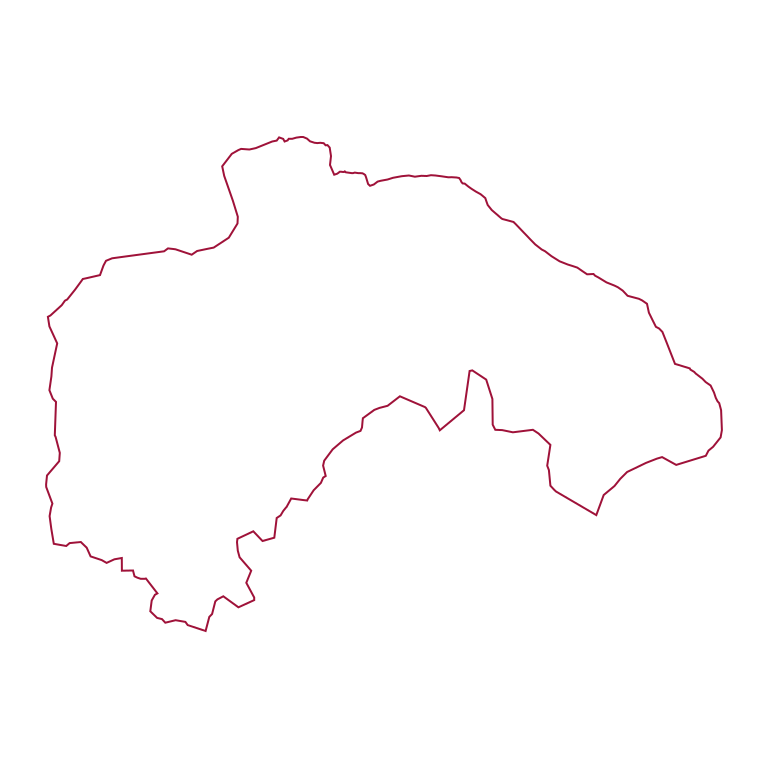 the district of Kanam, Plateau, Nigeria
{"feature_id": "59680162B74099392913903", "entity_name": "Kanam", "entity_type": "district", "adm_level": 2, "iso_a3": "NGA", "parent_name": "Nigeria", "parent_adm1": "Plateau", "projection": "robinson", "projection_center": [10.139, 9.467], "detail": "fine", "context": "isolated", "style": "outline", "palette": "rose", "viewbox_px": 768, "rotation_deg": 0, "n_neighbors": 0, "source": "geoboundaries", "source_scale": "gbopen_adm2", "svg_char_len": 3596}
<svg xmlns="http://www.w3.org/2000/svg" viewBox="0 0 768 768"><path d="M222.2,166.3L224.2,175.9L227.0,183.9L232.9,200.8L237.8,216.7L237.8,216.8L237.5,223.5L228.8,237.7L213.7,247.6L207.6,248.8L199.0,250.6L197.1,251.0L191.7,254.7L175.5,249.3L173.2,249.0L168.0,248.4L164.1,251.3L125.3,256.5L112.1,258.3L106.0,260.8L103.5,265.5L100.0,275.1L86.5,278.2L82.8,279.0L81.4,281.0L75.1,289.6L70.4,295.5L67.2,299.5L66.0,300.1L64.9,300.7L61.8,305.1L50.4,315.5L47.9,316.8L49.4,326.4L57.2,343.4L52.0,367.7L51.4,376.4L49.4,390.2L52.8,398.7L56.0,401.9L54.8,435.3L55.6,436.9L59.8,452.9L59.2,461.2L47.0,475.5L46.1,484.4L46.2,487.0L52.4,503.6L51.1,507.5L49.6,516.1L51.3,528.8L53.8,543.8L66.2,546.0L69.6,543.1L80.8,542.0L86.7,547.7L90.6,556.4L101.7,560.1L106.6,562.9L114.4,559.3L121.8,558.0L121.9,570.7L133.0,570.5L134.5,576.3L137.4,577.7L140.7,578.8L144.8,578.8L145.9,578.5L157.4,593.4L154.9,594.8L151.7,600.5L150.3,611.3L157.1,617.9L162.0,619.1L165.3,622.7L175.6,620.2L185.4,621.9L187.7,625.1L205.6,631.0L209.3,616.9L212.1,614.0L215.3,601.4L217.4,599.4L223.3,596.3L238.4,607.3L254.2,600.1L254.2,597.5L246.3,582.8L251.2,570.7L239.6,557.3L237.8,550.7L237.0,542.2L237.4,538.8L253.3,531.3L262.5,541.0L274.3,537.7L276.7,518.0L280.6,515.4L283.2,511.0L286.1,507.4L286.5,507.1L291.2,498.5L303.7,500.1L307.2,500.5L307.6,499.4L313.7,490.2L320.9,482.9L323.2,477.6L325.7,476.0L323.1,465.6L324.2,460.7L332.7,449.3L343.1,440.4L356.0,432.6L360.5,430.9L362.0,427.5L362.6,420.7L362.9,418.2L374.3,409.9L379.5,407.9L387.6,405.8L399.9,396.3L425.0,407.1L425.9,407.9L438.7,428.0L439.8,430.3L464.0,410.2L469.6,371.0L472.3,370.4L486.2,379.6L492.4,399.0L492.7,424.7L495.3,429.8L502.2,430.1L512.9,432.3L532.9,429.8L538.5,433.5L550.4,444.9L547.2,465.7L548.9,470.1L550.4,485.7L554.1,489.7L556.0,491.5L596.3,515.1L603.7,495.0L614.5,486.0L620.2,478.9L627.1,472.0L646.0,462.9L657.0,458.6L662.1,457.1L676.2,464.9L705.8,455.8L708.5,450.6L713.1,446.8L720.6,437.4L721.9,430.1L721.1,410.2L719.2,403.1L717.6,401.4L715.8,397.9L714.0,392.5L710.6,385.5L705.7,382.1L702.4,378.7L695.8,373.6L694.2,371.9L690.4,369.6L689.8,368.4L678.4,364.9L675.0,363.9L666.7,342.7L662.4,331.9L661.7,331.2L659.1,328.5L655.9,326.8L652.4,319.8L650.4,315.7L648.9,312.7L647.0,303.8L642.1,300.4L638.9,298.8L627.6,295.8L624.7,292.7L622.7,290.6L617.8,287.2L614.5,285.6L606.5,282.4L598.3,277.4L595.1,275.7L593.5,274.0L589.5,274.2L587.1,274.3L582.2,271.0L577.3,267.6L572.5,266.0L567.7,264.5L559.6,261.3L551.5,256.2L545.0,251.2L541.7,249.5L537.5,246.2L535.2,244.4L530.3,239.4L530.2,239.3L526.9,235.8L523.6,232.4L515.1,223.5L514.4,222.9L513.6,222.0L506.6,220.1L502.4,219.0L501.3,218.3L491.8,210.1L487.7,205.0L486.3,201.1L485.3,198.1L480.6,194.2L475.9,191.6L471.5,188.8L468.4,186.6L464.7,183.6L462.6,183.4L461.3,181.8L460.6,180.1L459.1,178.0L456.5,177.5L451.7,177.2L448.4,177.3L441.6,176.3L435.4,175.5L431.0,175.2L426.7,176.0L421.4,175.8L414.9,176.7L408.9,175.5L401.7,176.2L393.0,177.8L387.6,179.5L380.6,180.8L377.6,181.6L373.8,184.5L370.0,185.8L368.1,184.0L366.0,177.1L365.2,175.0L363.8,174.0L362.5,173.3L360.0,173.1L358.0,173.1L354.8,172.6L353.1,173.1L351.6,173.1L345.8,172.3L344.8,171.4L344.0,172.0L342.2,171.9L340.9,171.7L339.6,171.8L338.9,172.5L337.2,173.7L334.2,174.7L330.4,165.9L330.0,165.0L331.0,156.1L329.7,147.6L327.5,145.1L325.6,145.3L323.7,143.2L320.2,142.8L317.2,143.1L315.9,142.9L314.6,142.8L310.0,141.3L307.0,138.6L303.2,137.0L300.8,137.0L296.4,137.6L292.2,138.8L288.7,138.8L287.6,140.4L284.6,141.5L283.2,138.9L279.1,137.4L276.7,140.6L272.2,141.5L255.8,148.1L249.4,149.5L241.1,148.9L238.3,150.1L231.8,153.8L222.2,166.3Z" fill="none" stroke="#9f1239" stroke-width="2"/></svg>